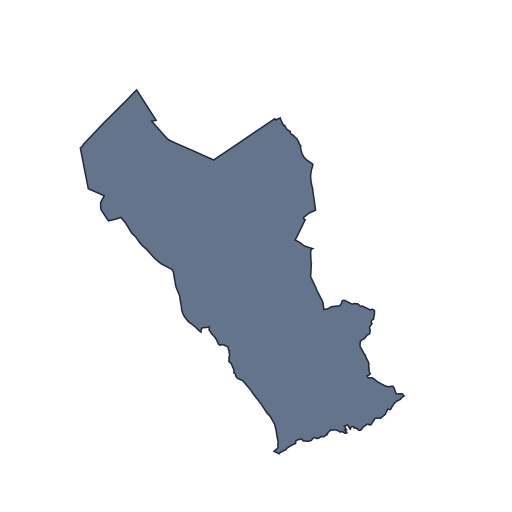 outline of Sahuayo, Michoacán, Mexico, rotated 235°
{"feature_id": "50627088B51707940483337", "entity_name": "Sahuayo", "entity_type": "district", "adm_level": 2, "iso_a3": "MEX", "parent_name": "Mexico", "parent_adm1": "Michoacán", "projection": "albers", "projection_center": [-102.785, 20.048], "detail": "fine", "context": "isolated", "style": "filled", "palette": "slate", "viewbox_px": 512, "rotation_deg": 235, "n_neighbors": 0, "source": "geoboundaries", "source_scale": "gbopen_adm2", "svg_char_len": 5975}
<svg xmlns="http://www.w3.org/2000/svg" viewBox="0 0 512 512"><g transform="rotate(235 256 256)"><path d="M460.5,253.5L460.5,253.3L460.3,252.0L459.6,247.9L458.7,243.8L457.9,239.6L457.2,235.6L456.5,231.4L455.8,227.4L455.1,223.5L452.4,207.9L451.9,205.5L446.4,178.4L445.8,177.8L445.6,176.7L445.4,175.5L445.2,174.0L443.3,173.2L437.5,170.6L407.3,157.2L400.2,161.5L392.4,166.2L389.4,160.4L389.0,159.5L388.6,159.1L387.3,158.2L385.4,157.1L383.6,155.9L382.9,155.7L382.0,155.6L376.3,155.4L371.2,155.3L369.3,155.4L367.4,160.4L366.2,163.6L365.2,167.4L357.9,168.1L346.4,167.3L345.3,167.4L342.1,168.2L340.7,168.4L333.7,168.4L331.6,168.6L330.2,168.7L327.3,169.4L326.1,169.7L323.9,170.2L313.9,171.4L310.9,171.9L305.1,173.5L303.7,174.0L299.8,176.0L297.9,177.0L293.9,179.1L292.9,179.3L292.2,179.4L290.9,179.2L289.6,178.8L284.2,176.2L282.5,175.5L278.3,173.4L275.7,172.5L270.9,171.4L267.6,170.7L266.2,170.1L263.8,168.8L258.2,166.2L256.1,165.1L253.9,164.0L251.8,163.3L249.6,162.8L248.1,162.7L246.6,162.6L244.6,162.7L242.6,162.8L240.3,163.1L238.2,163.8L236.9,164.4L232.7,165.6L230.3,166.0L227.3,166.6L225.2,167.3L226.4,168.3L227.1,169.0L228.0,170.5L227.5,171.8L226.6,173.1L225.9,174.2L224.9,177.0L223.7,176.4L223.4,176.0L222.6,175.3L222.1,175.1L220.1,175.2L218.0,175.0L213.6,175.7L210.2,175.6L207.3,175.1L206.0,174.8L204.7,174.7L204.0,175.1L203.4,175.7L203.4,176.5L202.7,177.2L201.8,178.6L201.3,178.9L200.7,179.1L199.9,179.4L199.4,179.7L199.1,180.1L198.6,180.3L197.8,180.8L197.1,180.8L196.4,180.3L195.2,180.0L194.4,179.4L193.8,179.5L192.9,179.6L192.2,178.5L191.5,178.2L190.6,178.0L190.2,177.7L188.2,175.5L186.6,174.5L185.9,174.0L185.5,173.4L185.0,173.3L182.0,174.0L178.9,173.3L177.8,172.9L176.8,173.0L174.9,172.3L173.1,170.8L171.6,171.4L170.7,171.3L169.5,170.7L168.1,170.5L166.8,170.7L165.7,171.0L164.8,171.6L164.1,172.2L162.9,172.6L162.1,173.3L161.6,173.6L158.8,173.9L148.6,174.8L144.4,174.6L140.9,174.8L136.5,175.1L131.7,175.3L125.9,175.1L121.3,174.9L116.2,175.6L107.8,174.8L102.4,172.8L94.1,168.8L90.9,167.5L88.6,165.3L86.9,164.6L86.3,163.5L86.0,162.3L85.8,160.1L85.7,158.7L80.7,161.5L81.1,162.8L81.0,164.3L80.7,166.4L80.8,167.1L80.4,167.9L80.2,168.8L80.3,169.7L80.8,171.0L80.8,171.9L80.5,177.5L79.7,180.8L81.7,182.7L81.5,184.8L80.6,186.8L80.0,188.6L77.7,188.4L74.3,192.4L73.2,195.6L74.0,198.2L73.9,199.6L73.0,200.3L72.1,200.6L71.5,201.4L70.9,202.3L70.7,203.7L70.6,205.0L70.8,206.0L70.3,206.5L69.5,207.0L69.1,207.8L69.1,209.2L69.1,210.2L68.8,211.7L69.5,212.0L69.4,212.5L70.1,214.0L70.3,215.1L70.5,217.9L69.6,218.4L69.1,219.5L68.8,220.4L68.3,221.0L67.3,221.9L66.7,222.4L65.1,223.3L63.6,223.9L63.3,224.3L63.2,225.1L63.0,225.6L62.3,226.0L59.6,227.3L59.0,229.1L59.2,229.3L59.5,229.3L59.5,229.1L62.5,228.8L62.5,229.2L61.7,230.5L65.8,230.7L65.3,233.8L65.3,234.0L60.1,233.8L60.2,234.3L60.7,234.6L61.0,235.0L61.3,235.6L61.3,236.9L60.6,237.4L60.4,238.0L58.8,237.7L58.1,238.4L57.8,239.5L55.9,239.9L55.7,239.7L55.3,240.0L54.7,240.1L53.9,240.6L53.4,241.5L53.3,242.3L53.8,244.1L54.5,245.7L54.5,246.7L54.4,247.4L54.3,248.1L54.3,248.7L54.6,249.9L54.5,250.4L54.4,250.8L53.9,251.4L53.3,251.5L51.9,253.0L52.1,254.3L52.5,255.0L53.1,256.3L53.9,258.9L54.6,259.6L54.7,260.3L54.3,261.4L53.7,262.3L52.4,264.2L51.5,264.9L51.8,266.0L52.1,271.2L52.5,271.6L55.0,276.1L53.7,277.2L53.2,277.9L53.4,278.7L53.7,279.7L54.2,280.2L54.6,281.1L55.1,282.6L55.6,283.5L56.0,284.9L56.4,287.0L56.3,288.3L56.1,289.4L55.8,291.8L55.8,292.6L56.0,293.1L56.4,293.4L56.4,297.0L59.0,296.9L60.5,295.1L61.3,293.8L61.7,292.7L62.3,292.1L63.3,292.0L66.2,292.7L68.3,293.4L69.0,293.4L70.1,293.6L70.9,293.3L71.4,292.6L72.8,289.7L74.3,288.2L76.1,287.0L80.9,284.5L83.8,283.2L87.2,282.3L88.3,281.9L89.2,281.6L89.9,280.8L91.0,279.2L91.6,278.4L92.0,277.9L94.1,278.4L93.7,279.9L93.9,282.0L96.7,282.5L99.8,284.6L100.6,284.6L101.8,285.9L103.6,287.0L106.4,287.5L109.6,287.9L111.4,288.4L112.4,288.7L114.3,288.5L115.4,288.6L116.4,288.9L117.5,288.8L118.6,289.1L121.1,289.2L122.2,289.5L122.6,289.5L124.4,291.1L125.5,291.7L126.2,292.7L126.6,294.4L126.1,297.5L127.4,301.6L127.1,304.3L127.8,305.4L130.3,307.3L132.0,307.6L132.7,308.6L134.2,312.4L135.5,312.3L136.1,312.8L136.7,313.4L137.0,314.5L136.8,316.0L141.2,320.3L142.3,320.9L142.9,321.6L143.9,321.6L145.8,320.7L146.3,318.7L154.0,314.4L154.7,312.7L158.3,312.0L160.8,309.1L161.4,307.1L168.9,303.1L169.8,301.7L169.8,300.7L168.4,299.3L167.9,298.2L167.2,296.0L171.2,288.8L171.5,285.2L171.6,284.6L173.2,280.9L179.3,284.1L181.9,284.7L186.9,285.3L193.9,286.3L195.9,286.9L207.8,288.9L211.7,292.1L214.6,294.2L216.1,295.5L217.3,296.3L218.2,297.2L218.8,297.2L227.6,302.8L229.7,304.9L229.5,306.7L231.5,305.1L235.1,302.4L236.7,301.3L238.1,300.8L240.0,300.3L242.2,299.5L243.9,298.7L246.6,297.2L248.0,299.9L250.4,304.3L256.9,316.0L257.3,317.1L259.6,316.4L259.9,316.5L260.2,316.8L260.6,321.8L260.7,323.8L259.4,331.1L260.0,331.4L267.0,335.0L276.6,339.8L278.5,341.0L279.9,341.5L281.9,342.2L282.7,342.6L284.3,343.3L286.5,344.4L288.9,345.8L290.9,347.2L294.4,350.4L295.6,352.0L296.9,353.5L297.6,354.4L298.1,354.9L299.2,355.1L304.8,352.9L306.3,352.5L308.3,352.1L310.2,352.0L312.4,352.3L314.3,352.7L317.1,353.7L319.6,354.8L320.2,355.5L320.7,356.0L321.3,355.9L321.9,355.6L322.5,355.6L323.0,355.7L323.0,355.9L324.9,356.4L325.7,356.3L326.7,356.6L328.7,356.7L330.7,356.2L331.2,356.1L331.8,355.9L332.4,356.0L332.8,355.9L333.6,355.6L334.4,355.5L335.3,354.9L337.3,354.7L337.8,355.0L338.2,355.3L338.6,355.5L339.6,354.8L340.5,354.7L340.8,354.2L341.6,354.0L345.2,354.2L346.5,354.4L346.5,354.0L346.6,353.8L346.8,353.5L347.1,353.5L347.5,353.5L352.8,354.4L355.2,354.8L355.3,354.9L355.7,352.7L356.0,350.9L356.1,350.1L357.1,350.2L357.7,350.1L357.8,343.7L357.9,340.6L357.9,337.5L358.1,328.7L358.4,305.1L358.7,289.0L358.7,287.5L358.8,284.6L358.9,284.0L358.9,276.3L359.4,276.3L359.9,275.9L365.9,272.2L378.2,264.9L378.6,264.7L381.5,262.8L384.4,261.1L396.0,254.0L396.5,253.7L396.9,253.6L400.6,251.3L400.9,251.6L402.3,250.7L409.3,249.8L416.4,249.0L418.9,248.7L426.3,247.8L424.4,252.0L460.5,253.5Z" fill="#64748b" stroke="#1e293b" stroke-width="1.5"/></g></svg>